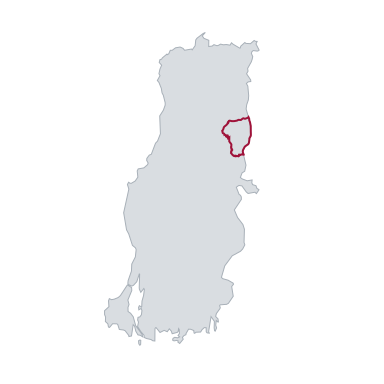 Sanliurfa highlighted on a map of Turkey, rotated 280°
{"feature_id": "TUR-3017", "entity_name": "Sanliurfa", "entity_type": "Province", "adm_level": 1, "iso_a3": "TUR", "parent_name": "Turkey", "parent_adm1": "", "projection": "natural_earth1", "projection_center": [38.713, 37.351], "detail": "fine", "context": "in_parent", "style": "outline", "palette": "rose", "viewbox_px": 384, "rotation_deg": 280, "n_neighbors": 0, "source": "natural_earth", "source_scale": "10m", "svg_char_len": 5796}
<svg xmlns="http://www.w3.org/2000/svg" viewBox="0 0 384 384"><g transform="rotate(280 192 192)"><path d="M295.8,138.5L301.0,140.3L302.7,138.9L307.4,139.1L311.6,140.1L313.9,137.2L316.9,137.5L317.5,139.0L318.9,139.5L323.4,143.3L322.9,143.7L324.0,145.1L327.8,146.0L328.1,147.9L331.1,150.7L332.7,155.1L331.9,158.2L330.3,160.1L332.7,166.7L332.0,167.5L336.6,169.7L342.4,169.3L344.3,170.2L350.0,175.4L351.4,177.4L347.5,175.0L345.4,177.1L344.3,182.2L338.2,183.2L339.2,186.5L340.9,188.0L340.4,191.2L340.9,192.4L342.6,194.5L342.4,197.3L343.2,200.3L343.2,203.9L345.8,205.0L344.7,206.7L342.0,213.9L342.2,214.5L344.1,214.7L348.4,218.1L347.7,219.2L348.2,223.8L352.0,226.9L351.4,228.4L351.6,230.0L348.9,229.3L343.5,233.4L342.9,233.3L342.1,231.9L341.9,227.7L340.5,226.6L338.8,226.4L335.9,228.3L333.2,228.2L330.5,227.8L323.3,225.3L320.7,226.2L317.9,225.2L312.6,230.3L311.0,230.7L310.2,228.2L308.3,226.7L305.9,228.6L296.7,231.1L292.5,231.5L287.3,230.7L283.1,230.9L271.5,236.6L260.3,239.7L250.3,239.4L244.9,235.9L240.6,235.0L227.8,240.5L221.6,240.3L219.5,238.0L214.7,237.1L213.6,239.2L212.6,244.4L214.3,249.1L211.5,249.3L209.8,250.4L209.3,253.9L206.8,255.3L206.0,257.5L205.6,257.5L201.6,255.7L202.7,254.0L200.3,247.5L201.5,245.4L206.7,240.1L206.6,237.0L204.4,234.8L197.8,238.8L197.2,240.3L195.7,241.4L193.3,241.9L181.7,236.8L174.8,241.3L168.8,247.8L164.4,250.1L151.4,252.0L149.1,253.2L144.7,251.8L142.1,250.1L136.2,242.7L125.0,237.1L113.1,235.8L112.0,237.2L111.4,242.9L109.4,248.3L108.4,248.9L105.8,247.5L96.5,250.7L88.7,247.2L87.4,245.6L85.8,239.4L84.7,238.9L83.4,239.8L82.1,239.8L76.5,237.1L73.5,236.9L71.6,239.6L68.6,240.6L68.5,239.9L69.7,238.2L65.0,238.5L62.4,239.8L59.0,239.0L59.3,238.3L62.1,237.4L68.5,236.5L72.6,232.4L57.5,232.6L56.0,233.5L55.9,231.3L56.8,230.3L60.8,229.5L60.6,227.7L58.2,225.8L55.6,224.8L54.6,220.3L53.3,219.2L53.5,218.5L55.9,217.8L56.6,214.5L56.3,212.4L51.5,210.7L50.4,210.8L49.3,209.1L47.2,207.8L45.5,208.9L40.7,206.2L41.7,204.2L42.9,204.3L43.2,202.8L42.3,200.2L42.5,198.9L43.5,198.6L44.7,198.8L45.9,200.3L45.9,203.2L47.2,205.0L48.2,203.2L50.4,204.2L54.4,203.3L55.2,202.5L52.3,202.6L51.2,201.9L49.0,197.1L51.5,195.7L53.3,193.4L50.1,191.9L50.9,188.6L48.1,184.9L52.2,180.2L52.0,179.6L50.8,179.3L38.8,181.3L38.7,179.1L39.6,177.3L39.8,172.8L40.4,170.3L42.6,169.6L45.5,166.0L50.0,161.8L54.6,161.9L56.5,160.7L59.2,160.6L59.9,162.3L62.3,163.5L66.5,163.3L68.5,162.2L66.7,160.1L69.1,159.4L70.9,159.9L69.9,162.2L70.4,162.4L75.9,161.7L81.5,162.3L87.8,162.0L88.6,161.3L84.3,159.0L87.2,157.0L88.8,156.6L102.0,154.7L102.1,154.3L94.1,153.2L90.0,150.6L88.9,149.1L89.8,145.6L90.8,144.7L93.6,144.5L103.5,146.1L110.6,145.2L118.2,147.5L125.6,147.0L127.2,146.0L129.1,142.6L139.7,137.0L143.4,134.1L159.7,128.3L183.9,129.3L188.2,127.1L190.6,127.9L189.9,129.3L190.0,130.7L192.9,134.1L197.2,136.1L203.2,134.4L205.4,135.0L207.4,140.4L211.2,143.5L212.9,143.8L215.2,141.9L217.3,141.7L220.9,143.5L222.1,145.4L233.7,147.6L236.1,149.2L243.9,150.8L261.3,147.0L267.6,149.6L272.9,150.5L275.2,150.1L282.2,147.0L284.4,145.3L288.7,143.8L294.2,140.4L295.8,138.5ZM72.6,129.1L72.0,131.5L73.0,134.1L75.3,137.7L77.6,139.5L89.3,144.5L87.4,149.1L84.5,149.8L74.5,147.6L70.3,149.5L67.3,149.0L63.2,149.8L61.9,152.6L58.9,155.8L50.7,159.7L43.0,167.6L40.8,168.6L41.9,165.9L41.9,163.6L45.2,160.8L49.9,158.8L51.1,157.1L39.7,157.4L38.7,155.0L39.9,154.5L43.8,150.2L44.2,148.5L44.0,144.3L48.6,141.9L49.1,140.9L48.5,136.7L44.3,134.3L44.5,133.2L47.6,132.0L49.4,129.2L53.9,128.6L56.1,127.2L59.9,126.5L64.6,130.1L70.3,128.7L72.6,129.1ZM37.0,167.3L33.1,167.9L32.0,167.3L33.2,166.0L36.2,165.2L37.2,166.4L37.0,167.3Z" fill="#d9dde1" stroke="#a8b0b8" stroke-width="1"/><path d="M261.7,239.4L258.3,240.1L257.4,240.1L254.8,239.2L253.9,239.3L253.6,239.4L250.8,239.5L249.6,239.4L248.6,238.9L248.1,238.3L246.3,236.5L245.5,236.0L242.3,235.0L241.2,234.9L240.6,235.0L239.5,235.4L237.8,236.4L237.7,236.2L237.7,235.9L237.7,235.7L237.9,235.6L238.1,235.5L238.0,235.3L237.7,235.0L237.6,234.8L237.6,234.6L237.6,234.0L237.5,233.9L237.1,233.5L236.8,233.2L236.8,232.7L237.0,232.2L237.0,231.9L236.8,231.8L236.6,231.9L236.2,232.1L235.9,232.0L235.8,231.8L235.6,231.7L235.4,231.8L235.2,231.6L235.2,231.3L235.3,230.7L235.3,230.2L235.2,229.8L234.9,229.3L234.8,229.1L234.7,228.7L234.8,228.4L234.9,228.2L235.1,228.3L235.2,228.5L235.3,228.5L235.3,228.1L235.1,227.7L234.9,227.5L234.7,227.3L234.9,226.6L235.0,226.4L235.3,226.2L235.5,225.6L235.7,225.3L236.2,224.8L237.0,223.8L237.2,223.6L237.5,223.6L237.8,223.7L238.1,223.6L238.3,223.8L238.5,223.8L239.0,223.5L239.5,223.9L240.3,224.0L240.4,224.3L240.5,224.3L240.6,224.2L240.7,223.8L240.7,223.6L240.9,223.5L241.6,223.6L241.9,223.4L242.0,223.0L243.2,222.6L243.7,222.8L245.7,222.5L246.1,222.2L247.1,221.2L247.3,220.8L247.5,220.7L248.3,219.9L252.0,219.3L251.2,218.7L250.9,218.3L251.2,218.1L251.3,218.2L251.5,218.4L251.8,218.4L252.0,218.3L252.1,218.2L252.3,218.0L252.6,218.2L252.9,218.1L253.0,218.0L252.5,217.5L252.4,217.4L252.6,217.2L252.9,217.1L253.3,217.1L253.7,217.0L253.5,216.7L253.5,216.2L253.3,216.0L253.1,216.0L252.6,216.4L252.4,216.4L252.5,216.1L252.7,215.8L252.9,215.7L253.2,215.6L253.3,215.6L253.7,215.7L253.8,215.7L253.9,215.4L253.9,215.2L254.0,214.8L254.1,214.6L254.1,214.3L253.9,214.0L254.7,213.7L254.9,213.6L255.1,213.3L255.2,212.6L255.3,212.2L255.5,212.0L255.8,211.8L256.8,211.6L257.4,211.1L258.8,211.8L260.1,212.0L261.1,212.1L262.0,212.5L263.1,213.5L264.2,214.4L264.7,214.7L265.2,214.9L265.9,215.5L266.7,215.8L266.9,215.6L267.0,215.3L267.5,215.5L267.9,215.9L268.2,216.1L268.5,216.1L268.8,216.7L268.7,218.9L269.0,220.5L269.1,221.1L269.2,221.4L269.8,223.1L270.3,224.2L271.1,225.1L271.4,227.6L271.9,228.1L272.4,228.5L273.3,229.4L273.5,229.8L273.3,231.5L274.8,234.2L275.6,234.6L274.4,235.4L273.8,235.7L273.1,235.8L272.5,236.0L270.8,237.0L267.2,238.4L261.7,239.4Z" fill="none" stroke="#9f1239" stroke-width="2"/></g></svg>